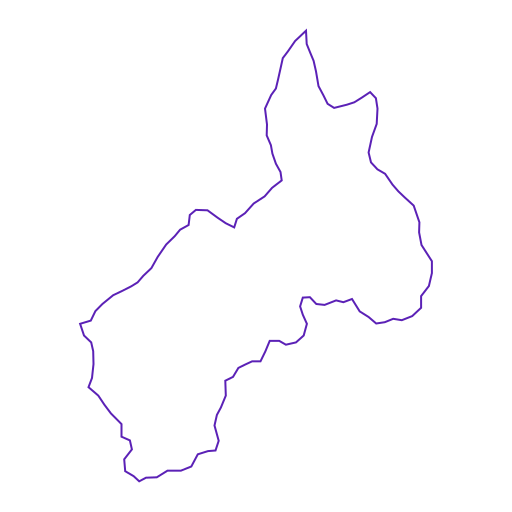 outline of Ribeirão Pires, São Paulo, Brazil
{"feature_id": "56859067B19734921471154", "entity_name": "Ribeirão Pires", "entity_type": "district", "adm_level": 2, "iso_a3": "BRA", "parent_name": "Brazil", "parent_adm1": "São Paulo", "projection": "natural_earth1", "projection_center": [-46.402, -23.694], "detail": "fine", "context": "isolated", "style": "outline", "palette": "violet", "viewbox_px": 512, "rotation_deg": 0, "n_neighbors": 0, "source": "geoboundaries", "source_scale": "gbopen_adm2", "svg_char_len": 1719}
<svg xmlns="http://www.w3.org/2000/svg" viewBox="0 0 512 512"><path d="M80.1,323.8L84.0,335.5L91.2,342.4L93.2,351.2L93.5,364.1L92.0,378.0L88.5,387.2L98.3,395.6L104.3,404.6L110.9,413.4L121.5,424.1L121.5,436.7L129.9,440.4L131.9,449.4L124.2,459.3L125.2,471.2L133.7,476.2L139.2,481.3L146.0,477.7L156.8,477.3L167.4,470.7L180.8,470.7L191.3,466.5L197.8,454.3L208.0,451.1L215.5,450.5L218.7,440.8L214.5,425.5L216.9,414.9L220.9,407.5L225.8,395.6L225.3,380.7L233.0,376.9L238.4,367.9L245.3,364.5L252.2,361.3L260.5,361.3L265.3,351.5L269.7,340.9L279.3,340.9L285.9,344.7L296.0,342.4L303.7,335.5L306.9,323.8L302.8,314.7L300.1,306.4L302.8,297.6L309.9,297.2L316.3,304.0L324.6,304.9L336.1,300.4L343.4,302.2L352.0,299.0L359.7,311.4L368.6,317.0L376.2,323.5L384.8,322.2L393.2,318.8L401.8,320.2L412.2,316.1L421.1,307.8L421.1,296.1L428.9,286.0L431.9,273.1L431.9,261.2L426.5,252.8L421.5,245.0L419.1,232.4L419.4,222.3L413.7,205.6L404.8,197.5L398.4,191.4L392.5,184.6L385.1,173.8L377.4,169.3L371.0,162.4L368.6,152.5L372.0,136.9L376.7,123.9L377.5,108.6L375.9,98.2L370.1,92.1L361.7,97.7L354.3,102.3L346.9,104.7L334.1,107.9L327.6,103.8L323.4,95.3L318.5,86.1L316.0,71.4L313.6,60.8L310.3,52.9L306.7,44.0L306.0,30.7L295.1,41.0L287.9,51.4L282.8,58.1L281.0,66.3L278.1,79.3L275.9,88.5L271.2,95.0L265.0,108.6L267.0,124.5L266.7,135.4L270.9,145.2L272.4,153.6L275.9,163.7L280.5,172.0L281.7,180.4L272.1,187.8L264.6,196.4L253.7,203.5L245.0,213.2L236.9,218.8L234.2,227.4L225.7,223.2L217.6,217.7L207.5,210.3L195.9,209.9L189.8,215.0L188.6,225.0L180.1,229.7L174.7,236.2L166.2,244.5L157.7,256.9L151.4,268.1L143.3,275.8L137.6,282.4L131.1,286.4L121.8,291.1L113.2,295.2L102.4,304.0L95.4,311.1L90.8,320.6L80.1,323.8Z" fill="none" stroke="#5b21b6" stroke-width="2"/></svg>